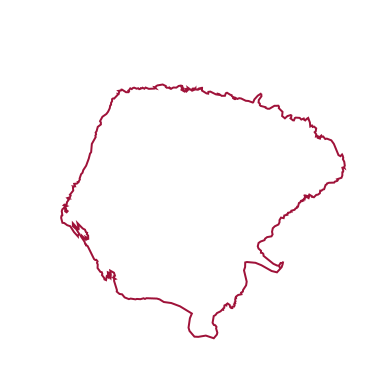 Hurum nor, Buskerud, Norway (Natural Earth projection), rotated 213°
{"feature_id": "86288312B72447023629583", "entity_name": "Hurum nor", "entity_type": "district", "adm_level": 2, "iso_a3": "NOR", "parent_name": "Norway", "parent_adm1": "Buskerud", "projection": "natural_earth1", "projection_center": [10.511, 59.602], "detail": "fine", "context": "isolated", "style": "outline", "palette": "rose", "viewbox_px": 384, "rotation_deg": 213, "n_neighbors": 0, "source": "geoboundaries", "source_scale": "gbopen_adm2", "svg_char_len": 5954}
<svg xmlns="http://www.w3.org/2000/svg" viewBox="0 0 384 384"><g transform="rotate(213 192 192)"><path d="M200.9,67.5L197.3,67.0L194.9,68.1L191.1,66.9L186.6,67.8L185.4,69.2L180.9,71.2L180.0,72.3L176.9,74.0L174.7,76.5L173.2,76.7L172.4,78.1L163.4,83.5L160.7,84.3L155.7,84.4L148.9,87.6L139.8,89.6L125.9,90.0L125.0,85.0L121.0,76.3L118.4,74.1L111.2,72.0L107.9,73.9L102.2,79.1L94.1,81.2L93.5,85.9L94.1,87.8L97.5,90.7L98.0,92.2L99.9,92.9L101.3,92.4L103.5,93.5L106.2,99.8L105.3,101.6L105.1,104.1L103.1,107.4L102.6,109.8L101.7,110.2L102.4,111.3L101.9,112.4L103.0,114.5L102.5,115.4L101.4,115.6L101.9,116.8L101.5,117.9L98.9,117.8L97.1,116.2L95.8,116.1L95.0,116.6L95.7,117.8L94.3,118.9L94.6,120.3L95.6,120.8L95.1,122.2L96.1,122.8L95.9,123.9L97.1,125.1L97.8,126.9L97.3,127.1L98.1,128.2L97.2,130.8L94.8,133.2L96.0,134.3L95.1,136.2L95.8,137.6L95.8,143.2L97.3,146.6L105.7,154.6L106.6,158.0L109.0,161.9L107.8,163.2L100.2,167.2L93.9,168.4L82.2,169.1L77.0,170.9L75.9,177.7L76.6,180.6L77.7,183.4L77.2,181.9L79.0,180.8L78.9,177.9L78.4,177.1L76.6,176.3L79.3,177.5L80.4,176.7L84.6,176.1L97.2,177.4L98.3,178.8L99.7,179.2L101.1,178.6L102.1,180.3L105.4,180.8L107.3,182.3L108.4,185.5L107.5,187.8L105.0,191.1L105.3,192.7L104.4,195.1L101.2,198.1L101.3,200.3L103.2,202.2L104.5,205.6L103.9,208.3L101.8,211.8L102.1,214.2L103.3,216.1L103.4,219.0L100.9,220.0L101.8,222.6L100.2,224.2L101.4,224.3L99.6,224.3L100.4,224.7L99.7,226.2L100.1,226.9L98.6,228.4L98.4,229.7L97.9,229.8L98.4,230.5L96.3,232.9L96.2,234.6L95.4,235.8L95.8,236.9L95.1,237.4L96.3,241.0L95.6,242.2L95.8,243.8L94.9,244.2L95.2,243.8L94.6,244.4L95.0,245.3L94.4,245.9L94.4,247.3L93.7,247.5L94.2,248.6L93.8,249.2L94.9,249.9L94.5,250.0L95.1,250.8L93.3,251.4L92.6,251.0L93.0,250.4L90.9,250.4L91.4,252.3L90.6,252.6L92.1,252.8L92.2,253.7L88.9,253.8L88.7,253.3L86.9,254.0L86.2,257.3L85.0,258.3L84.1,260.5L85.2,263.0L84.1,263.6L83.8,265.0L82.7,266.3L83.8,270.7L83.2,271.7L83.4,272.7L82.2,274.3L77.9,277.3L77.8,278.5L76.2,280.5L76.2,281.5L77.2,281.8L74.4,285.3L74.9,287.7L76.7,290.5L76.3,291.2L76.6,292.1L79.1,294.3L78.3,295.2L77.3,295.2L78.0,295.7L78.2,297.3L80.8,300.3L83.4,301.8L83.7,303.0L85.5,304.6L86.6,305.2L87.0,302.9L89.2,302.7L99.2,309.6L103.3,311.2L108.0,310.2L109.1,309.0L112.2,310.0L113.0,309.1L114.3,309.8L114.6,308.7L114.1,307.4L114.9,307.4L114.1,306.4L116.1,305.9L117.3,307.1L118.3,306.1L119.1,308.0L121.7,309.0L121.3,310.3L122.5,313.0L125.4,313.3L126.2,312.3L127.6,313.1L128.5,311.4L131.0,314.5L134.5,317.1L134.5,316.5L135.2,316.8L135.7,315.7L136.0,313.7L137.1,313.6L138.3,314.5L139.8,312.3L142.1,312.8L145.5,310.9L146.0,310.0L145.5,307.6L146.3,307.1L149.5,307.4L149.5,308.7L150.3,310.3L151.1,310.3L153.3,307.7L154.2,304.4L157.8,304.8L159.7,308.5L164.9,309.6L165.3,310.7L166.5,311.4L169.8,309.2L172.4,304.0L174.0,303.0L176.1,302.7L176.5,303.2L181.3,301.6L182.4,301.8L183.3,303.1L184.9,303.3L186.1,305.6L185.9,310.1L187.4,312.1L187.3,311.4L187.9,311.7L189.3,308.6L190.1,303.6L189.5,300.5L189.8,300.1L194.2,299.1L196.6,297.8L201.7,297.2L203.5,296.4L204.6,294.8L208.2,294.5L206.2,294.3L206.2,293.6L206.9,293.1L208.7,293.1L209.0,293.7L208.4,294.1L210.8,294.1L212.2,295.3L211.9,294.8L212.6,294.4L216.7,294.3L217.4,293.2L216.8,290.6L219.5,288.8L222.5,288.9L225.0,288.1L222.9,287.9L225.1,286.9L231.3,286.2L232.8,284.9L232.0,283.3L233.6,282.6L238.9,282.5L240.3,284.8L240.7,284.5L240.4,283.7L241.2,283.0L242.5,283.8L242.1,283.5L242.7,282.2L242.1,282.0L242.7,281.0L244.9,279.9L245.4,280.6L245.4,280.1L246.3,280.2L247.8,279.0L247.8,278.1L247.5,279.0L246.0,278.6L247.1,277.0L252.2,277.2L250.6,276.0L252.7,276.3L250.8,275.8L251.4,275.1L252.9,275.5L253.4,274.9L251.2,274.2L251.4,273.3L252.2,273.6L252.8,272.2L256.5,272.0L256.8,273.1L255.7,273.4L256.7,273.8L254.9,274.3L256.4,274.2L258.0,275.6L259.3,275.2L260.9,273.7L261.9,271.1L264.6,269.4L265.7,267.3L267.0,267.3L266.7,266.9L268.7,266.6L269.9,265.7L271.2,265.8L271.7,266.6L275.1,266.2L279.0,262.6L279.7,261.3L279.6,260.0L280.4,259.6L278.9,259.2L280.3,258.8L280.1,258.1L284.4,255.0L287.8,254.3L288.2,252.7L290.3,252.5L290.5,251.7L291.5,251.2L291.4,250.5L292.3,249.5L293.6,249.7L294.7,248.5L297.3,248.0L298.1,247.2L298.6,245.5L300.2,245.3L300.3,242.5L300.7,242.2L300.9,241.6L300.3,242.3L299.6,242.1L299.6,241.1L301.6,239.8L306.6,239.7L307.0,239.4L306.8,238.6L308.7,236.8L307.7,236.7L306.9,234.2L307.8,233.8L307.2,233.3L308.2,227.9L309.1,227.6L309.6,226.3L308.5,224.7L308.4,222.6L307.4,221.1L307.7,220.0L306.6,217.4L306.1,213.6L306.3,210.8L308.1,206.3L307.7,201.3L306.4,200.8L305.2,199.0L306.5,195.3L305.1,190.9L305.2,189.4L303.9,188.2L303.7,186.6L302.7,185.6L302.2,177.8L298.3,170.5L298.4,168.6L296.8,163.9L295.1,156.4L295.1,151.1L294.3,148.5L294.7,146.5L293.6,142.1L292.9,141.5L292.7,139.0L293.1,138.4L292.6,138.3L293.1,136.4L295.2,134.7L293.2,133.1L294.8,132.0L294.0,131.8L294.2,130.8L292.4,128.5L292.9,123.2L291.9,123.0L291.5,121.1L292.9,119.4L291.2,119.5L292.1,118.6L291.2,118.3L291.3,115.4L290.3,113.1L292.1,111.9L292.3,111.1L289.4,111.9L290.4,110.4L290.1,110.0L288.7,109.5L288.2,109.0L288.4,108.4L285.9,108.2L286.1,106.7L287.8,106.7L289.5,109.4L291.6,109.4L290.6,109.1L291.3,106.9L290.8,105.0L288.4,102.3L288.4,101.8L289.4,101.7L288.1,101.5L288.3,100.4L287.6,99.0L283.9,95.6L282.2,96.4L278.5,96.2L275.5,97.0L269.1,94.1L263.7,92.7L264.3,93.5L263.4,94.6L264.1,95.6L268.8,97.8L273.3,98.5L274.9,100.9L267.1,98.8L266.8,99.0L267.3,99.9L271.0,103.5L263.8,101.9L261.2,102.1L259.1,100.6L257.7,100.7L257.2,99.3L255.4,98.9L253.5,96.2L254.0,95.6L255.1,96.5L256.3,96.4L254.4,95.3L254.9,94.2L261.5,95.5L261.2,94.4L254.9,91.7L253.4,90.3L252.3,90.4L251.8,89.5L250.4,89.9L249.0,89.2L237.6,82.4L236.0,82.3L235.3,83.0L233.4,82.4L233.1,80.8L231.6,79.9L229.8,76.8L225.3,75.1L224.0,75.6L222.6,74.5L222.3,73.3L218.9,72.1L217.8,71.0L216.1,71.3L217.6,74.9L215.7,74.8L218.8,78.8L217.6,79.0L215.0,76.0L213.5,75.5L215.1,78.5L217.7,81.5L213.5,81.8L211.0,79.8L211.7,78.6L210.8,77.9L211.2,77.3L209.0,77.3L209.8,76.4L208.8,74.9L201.5,68.8L200.9,67.5Z" fill="none" stroke="#9f1239" stroke-width="2"/></g></svg>